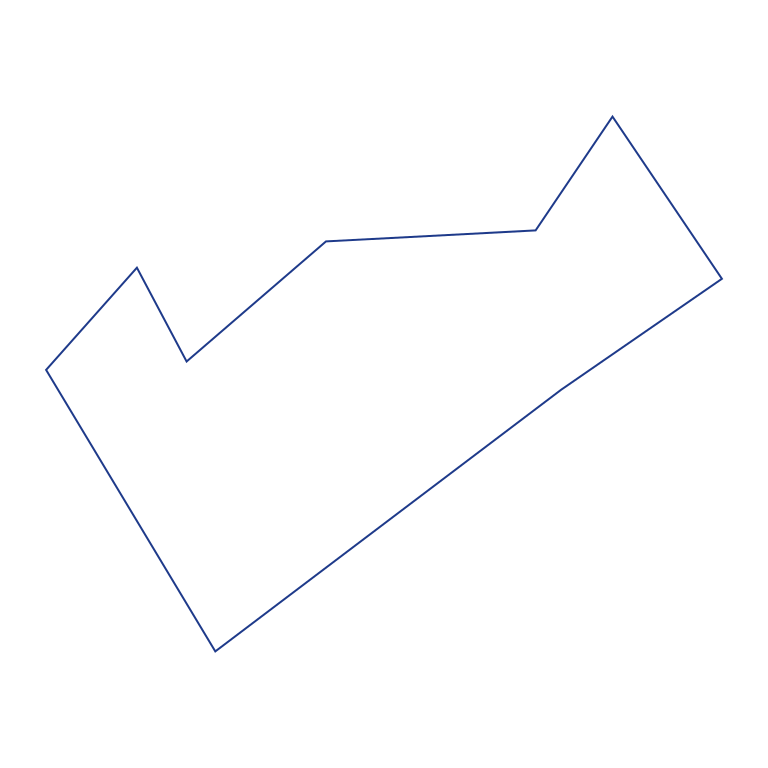 map outline of Smith's (Mercator projection)
{"feature_id": "BMU-5142", "entity_name": "Smith's", "entity_type": "state/province", "adm_level": 1, "iso_a3": "BMU", "parent_name": "Bermuda", "parent_adm1": "", "projection": "mercator", "projection_center": [-64.729, 32.316], "detail": "fine", "context": "isolated", "style": "outline", "palette": "blue", "viewbox_px": 768, "rotation_deg": 0, "n_neighbors": 0, "source": "natural_earth", "source_scale": "10m", "svg_char_len": 246}
<svg xmlns="http://www.w3.org/2000/svg" viewBox="0 0 768 768"><path d="M326.0,241.4L535.6,230.4L612.5,116.6L721.9,278.8L561.2,389.7L215.3,651.4L46.1,369.9L136.9,267.7L186.6,361.5L326.0,241.4Z" fill="none" stroke="#1e3a8a" stroke-width="2"/></svg>